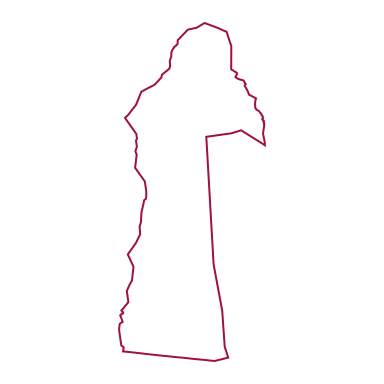 Shinejinst, Bayanhongor, Mongolia
{"feature_id": "93677404B41329539595641", "entity_name": "Shinejinst", "entity_type": "district", "adm_level": 2, "iso_a3": "MNG", "parent_name": "Mongolia", "parent_adm1": "Bayanhongor", "projection": "orthographic", "projection_center": [99.408, 43.736], "detail": "fine", "context": "isolated", "style": "outline", "palette": "rose", "viewbox_px": 384, "rotation_deg": 0, "n_neighbors": 0, "source": "geoboundaries", "source_scale": "gbopen_adm2", "svg_char_len": 3363}
<svg xmlns="http://www.w3.org/2000/svg" viewBox="0 0 384 384"><path d="M123.0,351.4L124.0,351.5L131.9,352.3L139.6,353.2L140.7,353.3L148.4,354.2L155.6,355.0L163.2,355.8L166.5,356.1L169.4,356.4L172.2,356.7L179.2,357.4L181.8,357.6L191.8,358.7L192.7,358.8L198.0,359.3L205.3,360.0L212.6,360.8L214.6,361.0L220.7,359.5L228.2,357.6L224.7,346.7L223.8,333.6L222.2,310.5L213.6,264.3L206.3,136.8L212.2,136.0L231.4,133.3L241.1,130.3L264.9,145.2L264.8,142.5L263.0,133.7L264.0,126.9L264.1,126.6L264.1,126.2L264.2,125.9L264.1,125.7L264.2,125.1L264.2,124.8L264.1,124.5L263.9,124.3L263.9,124.2L264.2,123.9L264.2,123.5L264.3,123.3L264.2,123.1L263.9,122.8L263.7,122.6L263.6,122.4L263.7,122.2L264.0,121.8L264.0,121.6L263.9,121.4L263.7,121.3L263.6,121.0L263.7,120.7L263.3,120.4L263.2,120.3L262.9,120.3L262.8,120.1L262.7,119.9L262.7,119.6L262.5,119.4L262.3,119.3L262.3,119.0L262.3,118.9L262.6,118.5L262.9,118.3L263.0,118.2L262.9,117.7L262.8,117.3L262.7,116.9L262.8,116.5L262.6,116.2L262.3,116.0L262.3,115.7L262.2,115.5L262.0,115.3L261.6,115.0L261.5,114.8L261.4,114.7L261.3,114.0L261.2,113.8L260.7,113.3L260.6,113.1L260.4,113.0L260.2,112.9L259.7,112.1L259.4,111.7L258.9,111.0L258.3,110.7L258.0,110.5L257.4,110.3L257.0,110.0L256.5,109.6L256.3,109.4L255.8,109.0L255.7,108.7L255.8,108.3L255.7,108.1L255.5,107.9L255.3,107.7L255.2,107.4L255.1,107.1L255.2,106.6L255.2,106.3L255.2,105.9L255.1,105.3L255.1,104.9L255.0,104.2L255.3,101.0L255.7,99.4L256.0,98.4L249.0,94.6L247.5,90.6L244.9,86.2L244.7,85.8L244.8,85.4L245.1,85.1L245.5,84.4L245.7,84.0L245.6,83.8L245.5,83.7L245.2,83.6L245.0,83.4L244.9,83.2L244.8,82.7L244.6,82.1L244.4,81.9L244.1,81.6L243.8,81.0L243.2,80.4L242.9,80.1L242.4,80.0L241.3,79.9L240.8,79.8L240.6,79.6L240.1,79.6L239.8,79.5L239.5,79.3L239.0,79.1L238.3,78.9L237.4,78.5L236.8,78.1L236.3,77.7L235.9,77.4L235.4,77.0L235.4,76.9L235.6,76.6L236.0,75.9L236.3,75.4L236.5,75.0L236.7,74.6L237.1,74.0L237.1,73.6L237.1,73.3L237.0,73.1L236.8,72.8L231.2,69.4L231.3,46.1L229.7,41.3L228.6,38.1L227.7,35.2L226.5,31.6L225.8,31.5L222.5,30.1L218.5,28.2L214.3,26.6L204.5,23.0L196.6,27.8L187.9,29.6L177.8,40.1L177.7,40.3L177.7,41.1L177.7,41.6L177.6,42.5L177.6,43.4L177.6,44.0L177.4,44.2L177.0,44.5L176.7,44.8L176.2,45.1L176.0,45.7L175.6,46.1L175.2,46.4L174.6,46.7L174.4,46.8L174.3,47.0L174.1,47.1L173.9,47.2L173.9,47.6L173.8,48.0L173.5,48.4L173.0,49.0L172.5,49.7L172.0,50.9L171.7,51.7L171.4,52.2L171.3,52.6L171.3,53.2L171.4,54.8L171.2,56.5L171.1,57.1L169.8,60.6L170.1,66.1L169.3,68.7L161.9,74.8L161.4,77.4L154.7,84.7L145.9,89.2L141.3,91.8L136.0,104.9L130.8,111.4L128.5,114.6L125.0,117.9L136.3,133.9L137.0,138.5L136.0,140.6L136.9,146.7L135.4,151.2L136.7,154.6L135.1,167.8L144.8,181.4L146.3,191.4L146.3,195.7L145.9,198.7L144.2,200.2L143.2,204.9L141.4,212.8L141.0,222.0L139.6,226.7L140.2,234.1L136.1,242.7L127.8,254.4L133.5,266.7L132.0,280.4L129.5,284.9L126.8,291.1L128.4,302.1L122.4,309.4L121.8,309.9L121.4,310.5L122.0,311.1L122.4,311.9L122.5,312.1L122.9,312.2L123.2,312.5L123.2,312.8L123.1,313.2L123.0,313.4L122.9,313.6L122.7,313.7L121.9,313.9L120.7,314.8L120.3,315.1L120.2,315.4L120.3,315.8L120.7,316.4L122.2,320.6L122.6,321.9L120.8,323.1L120.2,323.5L119.9,323.8L119.6,324.4L119.6,325.1L119.5,325.6L119.4,326.3L119.4,326.7L119.3,327.6L119.3,328.2L119.2,328.7L119.2,329.4L119.1,330.1L119.2,330.7L121.3,345.4L123.7,347.4L123.2,350.9L123.0,351.4Z" fill="none" stroke="#9f1239" stroke-width="2"/></svg>